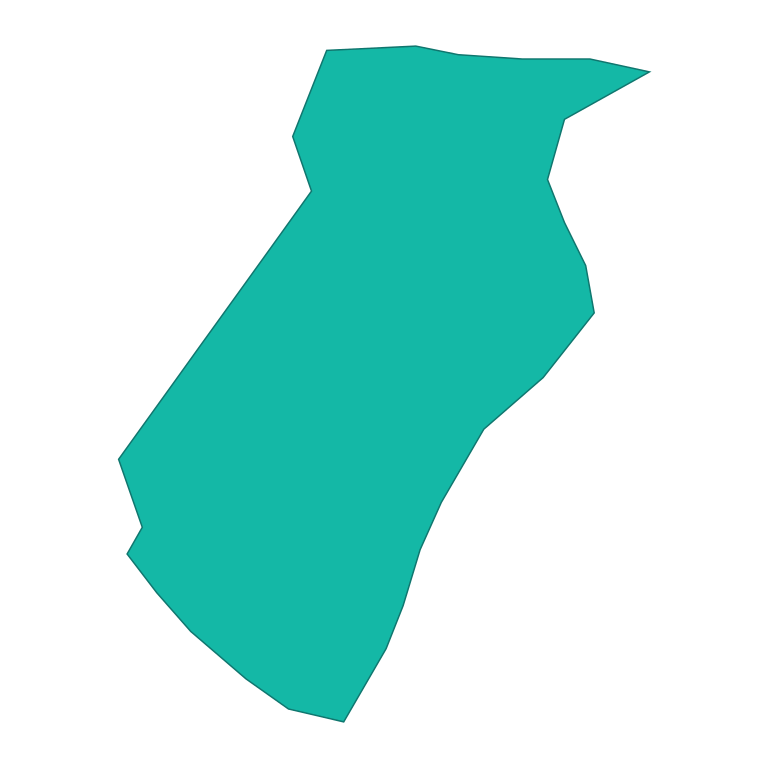 outline of Perivolia Trikomou, Cyprus
{"feature_id": "46923920B19952645693487", "entity_name": "Perivolia Trikomou", "entity_type": "district", "adm_level": 2, "iso_a3": "CYP", "parent_name": "Cyprus", "parent_adm1": "", "projection": "natural_earth1", "projection_center": [33.915, 35.283], "detail": "fine", "context": "isolated", "style": "filled", "palette": "teal", "viewbox_px": 768, "rotation_deg": 0, "n_neighbors": 0, "source": "geoboundaries", "source_scale": "gbopen_adm2", "svg_char_len": 509}
<svg xmlns="http://www.w3.org/2000/svg" viewBox="0 0 768 768"><path d="M415.8,46.1L326.7,50.4L292.7,136.5L311.5,191.1L265.4,255.3L227.9,307.4L199.5,346.8L174.4,381.8L118.6,459.3L142.3,527.3L127.1,554.0L156.8,592.8L190.8,631.5L246.0,678.9L288.5,709.0L343.7,721.9L386.1,648.7L403.1,605.7L420.1,549.7L441.3,502.4L483.8,429.2L543.2,377.5L594.2,312.9L585.7,265.6L564.5,222.6L547.5,179.5L564.5,119.3L649.4,71.9L589.9,59.0L522.0,59.0L458.3,54.7L415.8,46.1Z" fill="#14b8a6" stroke="#0f766e" stroke-width="1.5"/></svg>